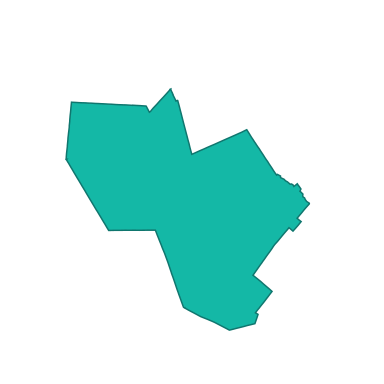 the district of Jimbolia, Timis, Romania, rotated 234°
{"feature_id": "2599482B52055590619759", "entity_name": "Jimbolia", "entity_type": "district", "adm_level": 2, "iso_a3": "ROU", "parent_name": "Romania", "parent_adm1": "Timis", "projection": "albers", "projection_center": [20.766, 45.798], "detail": "fine", "context": "isolated", "style": "filled", "palette": "teal", "viewbox_px": 384, "rotation_deg": 234, "n_neighbors": 0, "source": "geoboundaries", "source_scale": "gbopen_adm2", "svg_char_len": 3906}
<svg xmlns="http://www.w3.org/2000/svg" viewBox="0 0 384 384"><g transform="rotate(234 192 192)"><path d="M288.4,205.4L288.6,205.3L291.5,201.8L292.2,201.0L294.7,197.9L297.1,195.0L297.0,194.9L299.8,191.5L301.3,189.7L302.9,187.6L303.7,186.6L305.9,183.8L307.1,182.3L309.2,179.8L310.3,178.5L312.5,175.7L313.6,174.4L315.7,171.8L316.9,170.3L318.7,168.1L320.5,165.8L322.0,164.0L323.1,162.7L325.0,160.2L325.9,159.2L328.2,156.3L328.7,155.6L331.2,152.5L331.8,151.8L334.4,148.6L334.8,148.1L335.5,147.3L333.7,145.7L332.7,144.8L331.7,143.9L329.6,142.1L328.0,140.7L325.4,138.3L321.8,135.2L321.0,134.6L317.8,131.7L317.0,131.1L316.7,130.9L314.1,128.5L312.2,126.7L310.4,125.1L308.8,123.6L307.7,122.7L307.4,122.5L307.1,122.2L306.5,121.7L302.9,118.5L302.1,117.9L298.6,114.7L297.1,113.3L294.4,111.0L294.2,110.9L293.2,110.0L292.5,109.3L292.0,110.1L291.8,109.4L289.0,109.1L288.3,109.1L282.6,108.5L281.1,108.4L276.3,107.9L275.1,107.8L269.7,107.3L268.2,107.2L263.8,106.8L260.9,106.5L258.8,106.4L258.7,106.3L256.8,106.2L252.9,105.8L250.7,105.6L246.4,105.2L239.7,104.6L233.1,104.0L232.1,104.0L226.7,103.5L225.4,103.4L220.1,102.9L217.5,102.7L213.5,102.3L209.9,102.0L208.8,103.5L206.1,107.4L205.8,107.8L203.1,111.5L200.6,115.1L197.6,119.2L194.8,123.1L194.5,123.5L191.9,127.0L189.0,131.1L186.9,134.1L185.7,135.7L182.7,139.9L181.7,139.7L177.7,138.6L173.7,137.6L172.6,137.3L167.0,135.9L163.7,135.0L158.6,133.8L155.1,132.8L149.4,131.2L144.3,129.6L138.6,127.8L138.5,127.7L133.6,126.3L130.0,125.2L122.1,122.7L118.6,121.7L117.4,121.3L111.8,119.7L109.8,119.1L103.8,117.4L102.4,117.9L102.4,118.1L102.2,118.0L101.6,118.3L100.8,118.7L99.5,119.3L99.0,119.5L95.9,121.0L93.9,122.0L89.6,124.1L88.1,124.8L86.9,125.4L86.0,125.8L85.5,126.2L85.3,126.3L84.9,126.5L82.9,127.8L79.4,130.0L77.7,131.0L75.6,132.3L73.3,133.6L68.7,135.9L67.5,136.5L60.9,139.8L58.6,140.9L58.2,141.2L56.8,144.7L55.4,148.3L54.2,151.2L52.8,154.7L51.5,158.2L50.0,161.8L48.5,165.5L50.8,168.8L53.0,171.9L54.2,173.5L57.0,172.3L57.7,174.6L58.3,176.7L58.4,177.3L59.7,181.8L60.7,185.6L61.8,189.2L62.9,192.9L64.0,196.6L64.5,198.3L68.4,197.5L72.1,196.6L75.8,195.7L79.2,195.0L82.9,194.0L86.2,193.1L88.8,192.4L90.1,196.2L91.5,200.3L93.0,204.7L93.7,207.0L94.0,207.7L95.2,211.4L96.5,215.1L97.7,218.9L99.0,222.8L100.3,226.2L100.9,228.1L101.7,232.0L102.7,235.8L103.7,239.7L104.6,243.3L105.3,246.4L106.1,249.5L101.0,250.7L101.8,254.5L102.7,258.4L103.9,262.9L106.3,262.2L109.0,261.6L109.9,265.3L110.8,268.9L111.7,272.2L112.3,274.8L112.7,276.6L113.4,279.8L113.5,280.0L114.0,280.3L117.0,279.2L119.5,279.2L121.0,279.6L122.9,278.9L124.2,279.6L125.1,280.5L128.4,280.0L129.1,279.7L130.4,281.9L134.1,282.0L134.9,281.8L135.6,282.0L136.8,282.0L136.7,281.1L136.6,277.7L138.6,277.9L140.1,277.1L140.6,276.0L144.0,275.2L146.2,274.2L148.1,274.0L151.6,272.1L152.9,273.0L156.1,271.4L156.0,270.4L158.7,270.4L161.4,270.5L164.1,270.7L166.8,270.8L169.6,270.9L172.1,271.1L174.7,271.1L177.2,271.2L179.9,271.4L182.3,271.5L184.8,271.6L187.3,271.8L189.9,271.8L192.8,271.9L193.8,272.0L195.5,272.0L198.7,272.2L199.3,272.2L201.7,272.3L205.3,272.6L210.2,272.9L210.5,271.4L210.8,269.7L211.1,267.7L212.0,263.5L212.7,260.1L213.5,256.4L214.3,252.7L215.1,249.0L215.9,245.2L216.7,241.4L217.4,238.0L218.3,234.1L219.2,230.0L219.9,226.5L220.8,222.6L221.6,218.7L222.1,216.2L222.6,214.0L226.1,215.3L229.5,216.6L232.8,218.0L236.1,219.2L239.6,220.6L243.5,222.1L246.8,223.4L249.9,224.6L254.5,226.4L258.0,227.8L261.5,229.2L265.1,230.6L268.6,232.0L271.7,233.2L274.4,234.2L274.7,234.0L275.0,232.5L276.5,232.8L278.7,233.2L280.0,233.4L281.8,233.7L282.0,234.0L282.6,234.0L283.2,234.2L284.0,234.4L285.0,234.5L285.3,234.6L286.0,234.7L286.7,234.9L287.2,235.1L287.5,235.1L287.8,235.4L288.0,234.6L287.6,233.8L287.5,233.6L287.4,233.1L287.3,232.7L286.4,228.5L285.5,224.2L285.4,223.6L284.6,219.4L283.6,214.9L282.7,210.0L282.3,208.4L282.1,207.6L281.7,206.3L281.6,205.4L281.6,204.4L288.4,205.4Z" fill="#14b8a6" stroke="#0f766e" stroke-width="1.5"/></g></svg>